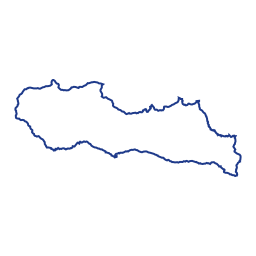 the district of Cangallo, Ayacucho, Peru
{"feature_id": "86281439B34026517933599", "entity_name": "Cangallo", "entity_type": "district", "adm_level": 2, "iso_a3": "PER", "parent_name": "Peru", "parent_adm1": "Ayacucho", "projection": "albers", "projection_center": [-74.468, -13.505], "detail": "fine", "context": "isolated", "style": "outline", "palette": "blue", "viewbox_px": 256, "rotation_deg": 0, "n_neighbors": 0, "source": "geoboundaries", "source_scale": "gbopen_adm2", "svg_char_len": 5879}
<svg xmlns="http://www.w3.org/2000/svg" viewBox="0 0 256 256"><path d="M85.8,85.2L84.3,85.7L82.2,87.0L79.9,86.8L79.1,87.1L79.0,87.6L78.4,88.0L75.6,87.0L73.8,86.8L72.3,87.4L71.5,87.4L70.5,88.8L68.5,90.2L66.6,90.4L64.7,90.1L63.7,90.3L62.8,89.9L61.1,89.9L59.5,88.6L58.4,87.4L58.9,85.1L58.3,83.9L56.7,83.5L55.7,82.4L54.8,80.9L53.5,80.0L52.9,80.0L52.2,80.5L51.7,81.4L51.5,82.6L51.8,84.4L50.2,85.7L47.9,86.2L45.9,86.2L44.1,87.1L42.8,87.3L40.1,88.7L39.3,88.7L37.8,88.1L36.8,88.4L33.8,88.4L30.3,87.6L28.9,87.7L28.4,88.1L27.5,88.1L26.4,89.2L24.6,89.3L22.8,91.7L22.0,93.3L21.6,93.4L21.2,94.0L19.7,94.7L19.1,96.2L17.2,98.6L17.9,100.7L17.9,101.5L18.2,102.2L18.4,103.9L17.7,104.7L17.7,105.6L17.2,106.4L15.5,108.2L15.4,109.9L16.1,110.7L16.1,111.7L16.6,113.6L16.4,114.7L15.9,115.2L15.8,115.7L16.0,117.8L17.1,118.5L19.3,118.7L19.5,119.2L20.9,120.1L22.8,119.9L23.9,120.2L24.8,121.2L26.4,121.8L27.9,123.5L28.3,125.4L28.9,125.9L30.2,126.5L30.2,127.6L30.8,128.9L32.3,130.1L32.4,131.1L32.0,131.9L32.1,132.3L33.0,133.4L34.0,133.9L34.3,135.3L35.0,135.9L36.0,136.1L36.9,136.6L38.4,136.1L38.9,136.3L40.3,137.9L41.4,138.8L42.6,139.3L43.7,140.6L44.1,141.5L44.7,142.1L44.8,144.0L46.1,146.0L46.1,146.4L47.0,147.6L48.0,147.4L51.0,148.0L51.4,148.3L51.3,148.9L53.2,149.6L53.6,150.3L54.0,150.0L54.4,150.4L54.9,150.5L55.3,150.2L55.6,148.8L56.2,148.8L56.8,149.3L58.1,148.0L59.3,149.1L59.9,148.7L61.3,149.0L61.9,148.6L63.2,148.3L64.4,148.5L64.7,148.9L65.2,148.9L65.9,149.4L66.5,148.9L67.2,148.9L68.0,148.4L68.9,148.7L69.8,148.7L70.5,148.1L71.3,148.2L72.4,147.5L72.7,146.2L74.5,146.5L77.5,142.7L78.0,142.7L79.3,143.7L79.6,143.2L79.6,142.2L80.1,141.7L81.8,142.6L84.0,141.4L85.2,141.9L86.6,141.5L87.3,141.8L89.4,143.8L90.3,143.9L91.5,145.7L93.1,146.7L94.6,147.4L96.3,147.6L98.2,148.6L99.0,148.5L100.4,149.3L102.0,149.4L102.5,149.9L105.4,151.3L105.6,152.4L106.5,152.3L107.1,152.7L109.0,153.1L109.5,153.7L111.1,154.4L111.5,155.6L112.5,155.7L113.0,156.2L114.0,156.5L114.7,157.4L116.6,156.9L116.7,156.1L115.8,155.8L115.2,155.0L115.7,154.2L116.2,153.8L117.6,153.7L118.5,153.0L119.5,153.4L120.2,152.7L122.6,152.8L123.0,152.5L123.5,152.5L125.7,151.3L126.7,151.5L127.4,151.2L128.1,151.5L129.8,150.3L131.5,149.8L132.8,149.9L134.9,149.4L136.3,150.1L137.2,150.1L138.9,151.3L141.1,152.1L142.1,152.2L143.6,151.6L146.1,151.4L147.4,151.8L148.3,152.4L150.0,152.7L154.0,153.9L155.3,154.7L156.5,154.9L157.2,155.5L157.8,155.5L158.2,156.2L159.7,156.8L162.1,157.8L162.9,157.6L163.8,158.1L164.6,159.2L165.2,159.4L165.8,159.9L167.1,160.4L167.9,159.9L168.6,159.9L170.1,161.2L171.1,161.3L172.1,162.1L172.8,162.0L175.0,162.4L177.3,162.2L178.3,162.6L179.9,161.9L182.6,162.0L183.8,161.2L185.4,161.6L186.0,161.0L186.8,160.9L188.6,161.8L189.9,161.1L192.1,160.9L196.1,162.2L196.5,162.0L197.4,162.7L198.3,162.9L199.0,163.6L200.1,163.2L200.5,163.6L202.7,164.0L204.3,163.6L205.1,163.7L206.8,162.9L208.0,163.4L208.6,163.2L210.1,164.0L211.5,162.4L213.9,162.2L215.3,163.3L216.8,163.8L218.6,165.6L219.2,166.6L220.7,166.3L220.8,167.0L221.2,167.5L223.0,169.0L224.2,169.4L224.6,170.0L223.9,171.1L224.1,172.2L225.7,172.8L227.1,172.8L228.3,173.2L229.5,173.8L230.0,174.4L231.4,174.4L231.8,174.9L232.7,175.2L234.0,175.2L235.1,176.0L235.7,175.9L236.5,175.2L236.9,175.4L237.2,174.8L237.0,173.3L236.7,172.6L236.2,172.4L235.8,171.8L236.2,170.0L236.1,169.3L236.6,168.8L236.9,167.1L236.4,165.7L236.5,165.1L237.2,164.4L237.9,163.0L238.8,162.2L240.0,161.6L239.6,160.8L240.3,160.0L240.6,157.0L240.5,155.9L239.7,154.7L236.7,153.4L234.5,151.6L234.6,150.7L235.3,149.5L233.4,146.7L234.2,144.7L234.9,144.0L234.9,143.3L235.5,141.4L235.3,138.9L234.7,137.9L235.5,136.2L234.5,136.3L234.3,135.7L233.9,135.7L233.6,136.2L232.8,135.9L232.0,136.6L231.0,137.0L229.4,135.3L229.4,135.7L228.8,135.5L227.9,136.3L227.7,136.0L227.2,136.1L226.4,135.9L226.2,136.2L225.7,136.1L225.5,136.4L224.0,136.3L221.9,135.6L221.4,136.1L221.1,135.3L220.8,135.2L220.6,135.5L220.2,135.1L219.7,135.3L219.0,135.0L218.5,134.6L218.0,135.0L217.9,134.7L217.4,134.5L217.4,133.9L216.1,133.0L215.9,132.4L215.4,132.0L214.8,130.7L214.4,130.9L214.0,130.2L213.3,130.5L212.9,130.0L212.2,130.3L210.8,129.6L210.9,129.3L210.5,129.0L210.6,128.6L210.0,127.8L210.0,127.4L209.2,127.0L209.1,126.4L208.7,126.3L208.5,125.9L208.8,124.8L208.0,123.9L207.7,123.0L208.1,122.4L207.9,121.5L207.3,121.1L207.0,118.3L206.3,116.7L206.4,116.4L206.0,116.1L205.4,114.3L204.7,113.2L203.9,112.8L202.8,111.6L202.4,110.9L201.6,110.2L200.5,109.7L199.8,109.0L199.8,108.1L199.2,106.6L199.2,104.8L198.3,102.8L198.5,102.1L199.1,101.3L199.1,100.8L196.5,101.1L196.5,102.0L194.6,103.7L193.5,103.9L192.0,104.5L190.5,104.3L189.2,103.7L188.4,103.7L187.4,104.9L185.9,105.4L185.1,104.7L184.7,104.6L184.2,104.9L182.8,104.0L182.4,103.0L182.2,101.4L182.7,100.9L182.1,99.9L182.1,99.0L180.7,99.0L180.4,98.5L178.9,97.8L179.0,98.2L178.7,98.6L178.6,100.4L177.6,102.2L175.2,103.3L173.6,104.4L172.0,104.9L171.1,105.7L168.8,106.8L167.9,107.0L166.2,106.5L164.3,106.6L164.0,107.0L163.9,109.0L162.9,110.3L161.8,110.2L161.2,110.5L160.1,110.1L158.2,110.8L156.9,109.7L156.3,109.6L155.4,109.8L154.8,109.6L154.1,108.4L154.0,107.6L151.9,105.0L151.4,105.4L151.6,106.3L150.1,106.8L150.2,107.5L150.8,108.1L150.7,108.5L150.0,108.9L149.7,109.7L148.7,110.4L148.1,111.6L147.7,111.9L147.0,111.9L146.2,110.5L146.3,109.9L145.8,109.1L145.4,109.1L144.2,109.7L143.5,110.5L142.9,110.5L142.8,111.5L141.9,112.3L140.6,112.2L140.1,111.9L138.7,112.4L138.0,113.1L137.4,113.0L136.4,113.3L135.6,112.7L132.7,113.1L131.1,113.7L129.2,113.5L129.0,113.1L126.6,114.1L125.9,113.8L123.7,111.7L122.1,111.5L120.5,110.1L118.3,109.5L117.5,108.5L116.4,107.8L114.9,107.3L113.5,106.4L113.0,105.6L113.2,103.6L112.4,102.5L112.2,101.2L111.8,100.6L109.1,99.2L108.0,98.8L106.1,97.2L103.6,97.8L101.7,96.5L102.2,95.4L102.1,93.7L100.5,91.0L100.5,89.8L101.8,87.6L101.8,85.4L103.1,84.3L100.8,83.5L99.0,83.4L97.6,82.5L94.1,81.9L92.6,82.3L92.0,82.2L88.7,83.3L87.8,83.1L85.8,85.2Z" fill="none" stroke="#1e3a8a" stroke-width="2"/></svg>